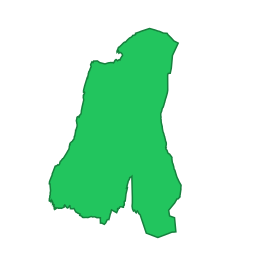 the district of Meldal nor, Sør-Trøndelag, Norway, rotated 281°
{"feature_id": "86288312B14672421796799", "entity_name": "Meldal nor", "entity_type": "district", "adm_level": 2, "iso_a3": "NOR", "parent_name": "Norway", "parent_adm1": "Sør-Trøndelag", "projection": "robinson", "projection_center": [9.604, 63.038], "detail": "fine", "context": "isolated", "style": "filled", "palette": "green", "viewbox_px": 256, "rotation_deg": 281, "n_neighbors": 0, "source": "geoboundaries", "source_scale": "gbopen_adm2", "svg_char_len": 5396}
<svg xmlns="http://www.w3.org/2000/svg" viewBox="0 0 256 256"><g transform="rotate(281 128 128)"><path d="M43.8,64.3L41.5,64.6L41.3,64.8L41.5,65.1L41.4,65.4L41.5,65.5L41.8,65.6L41.7,65.7L41.8,65.7L41.4,65.8L41.3,66.0L41.2,65.9L41.4,66.1L41.1,66.3L41.3,66.3L41.5,66.4L41.4,66.6L41.6,66.7L41.4,66.8L41.7,66.9L41.5,67.0L42.1,67.0L41.8,67.2L41.9,67.3L41.4,67.5L41.3,67.8L41.2,67.9L40.8,68.1L40.6,68.4L40.2,68.4L39.4,68.5L39.6,68.6L39.3,68.8L38.9,68.9L39.0,69.0L38.9,69.2L38.8,69.4L38.2,69.9L37.8,69.9L37.9,70.0L37.5,70.0L37.4,70.2L37.3,70.3L36.9,70.3L36.8,70.5L36.3,70.7L35.9,70.7L35.9,70.8L35.6,70.7L35.4,70.8L35.5,71.0L35.3,71.2L35.1,71.2L34.9,71.3L34.7,71.2L34.7,71.3L34.9,71.5L34.5,71.6L34.8,71.8L34.4,71.8L34.7,71.9L34.8,72.0L34.7,72.2L35.1,72.3L35.0,72.6L35.4,72.9L35.7,73.1L36.0,73.5L36.1,74.4L35.9,74.9L36.4,76.8L36.5,78.1L37.6,79.6L38.1,80.4L39.6,80.2L39.7,80.4L40.3,80.5L40.2,81.0L39.0,82.0L37.9,83.7L37.9,83.8L38.3,84.4L39.0,84.8L40.5,85.5L41.1,85.9L40.1,85.8L38.5,86.7L37.8,86.9L38.0,88.7L38.7,90.3L35.7,92.7L35.2,94.2L34.8,95.1L34.3,97.5L33.0,97.3L32.7,99.0L32.0,100.4L31.6,100.4L31.6,101.3L32.3,104.3L32.4,105.6L32.7,106.3L33.7,107.8L33.8,108.2L34.1,108.7L34.1,109.3L33.9,110.1L33.9,110.4L34.3,111.3L34.5,112.4L34.0,114.7L34.4,116.0L34.4,117.3L34.6,118.0L33.0,118.3L29.4,119.1L29.6,120.5L28.9,123.1L30.6,124.2L32.5,124.7L33.0,124.9L33.3,124.9L34.1,125.2L34.4,126.3L34.4,126.7L37.3,126.9L40.3,127.0L40.6,127.1L41.7,127.4L43.0,127.3L44.0,127.3L44.5,127.4L42.7,133.0L46.7,133.9L46.5,133.2L46.9,133.2L47.6,134.8L48.5,134.9L49.2,135.4L49.3,136.1L49.4,137.2L49.2,138.2L49.3,138.6L51.2,138.5L51.5,139.0L51.9,139.0L52.0,139.0L52.8,138.9L53.7,138.5L55.3,138.4L55.8,138.9L55.8,139.0L55.7,139.1L55.8,139.2L63.0,138.6L67.7,138.8L69.1,138.8L68.9,138.4L68.8,138.0L69.9,138.3L70.5,138.1L70.8,138.2L71.1,138.0L71.8,138.2L73.0,138.2L74.5,138.4L75.7,138.3L76.7,138.7L76.8,138.7L77.1,138.7L78.5,139.3L78.9,139.3L79.1,139.1L79.5,139.1L80.1,139.6L80.4,140.4L81.3,141.0L60.8,145.5L55.2,146.6L52.1,146.9L49.3,147.9L47.5,149.2L48.5,150.2L46.8,151.5L46.3,152.2L47.7,152.5L48.3,153.1L47.8,153.4L47.0,154.2L45.9,155.1L45.3,156.4L28.3,166.0L26.2,178.2L34.2,191.1L34.6,192.9L35.2,194.8L48.8,190.8L49.6,185.6L55.0,183.6L63.3,188.1L67.7,189.6L67.9,190.6L70.2,192.1L70.3,191.8L72.5,191.9L78.2,191.6L78.3,191.4L82.0,191.0L84.5,188.8L89.1,185.4L91.5,184.1L95.4,182.1L95.9,181.7L96.4,181.1L98.7,180.3L101.3,179.0L102.4,178.2L105.0,177.3L105.8,177.1L106.1,176.9L107.4,176.8L107.7,176.6L110.3,173.8L110.6,172.7L111.0,172.1L111.6,171.6L113.3,170.7L113.7,170.4L114.2,169.6L114.9,169.1L115.1,169.2L115.6,169.2L116.0,168.9L116.2,169.0L116.2,168.7L117.7,168.7L118.5,168.8L119.5,168.7L120.1,168.5L120.4,168.5L121.1,168.2L122.1,167.6L122.5,167.2L123.2,167.1L125.7,165.9L126.2,165.8L127.2,165.1L129.6,164.0L130.9,163.1L132.6,162.4L134.5,161.7L136.0,161.3L138.8,160.0L140.0,159.5L142.8,158.8L143.2,158.5L143.9,158.3L144.2,158.4L144.5,158.4L145.7,158.1L145.9,157.9L146.5,157.8L148.3,157.4L149.2,157.5L151.4,157.9L151.8,157.8L153.5,157.9L154.6,158.2L155.3,158.6L156.4,158.7L158.4,158.9L159.2,158.9L160.2,159.1L160.6,159.1L164.1,159.3L164.9,159.5L170.0,159.9L172.6,159.8L187.6,156.8L188.7,156.9L189.2,157.1L189.3,157.3L189.4,157.5L189.8,159.0L195.0,159.1L207.7,157.8L220.9,161.1L222.2,156.5L224.6,153.3L227.2,149.4L228.4,148.3L227.9,144.7L228.9,140.2L228.9,138.7L229.3,136.3L229.8,130.2L225.8,123.0L225.1,121.8L224.5,121.0L222.4,117.3L221.2,117.6L220.1,116.1L220.0,115.4L219.7,114.9L218.7,114.6L218.2,114.2L217.7,113.7L216.6,112.3L215.6,111.6L214.7,110.9L211.7,109.1L211.7,108.4L211.4,108.0L210.6,107.3L209.7,106.7L208.0,105.6L206.5,104.5L205.7,104.1L205.7,103.7L205.5,103.4L205.1,103.2L204.2,103.1L201.3,102.5L200.2,102.8L200.6,103.1L201.2,103.7L201.7,104.0L200.6,104.6L199.8,104.8L200.4,105.5L200.7,106.4L199.8,107.8L199.1,108.4L198.3,108.8L196.6,108.1L194.7,107.4L193.4,107.3L193.2,107.2L193.4,106.8L193.2,106.0L192.0,105.0L192.4,104.3L192.9,103.4L192.9,103.2L192.1,102.6L192.0,102.4L189.5,101.6L189.1,101.3L189.3,100.6L189.3,100.2L189.0,99.6L189.1,98.7L188.9,98.4L188.3,96.6L187.9,95.7L186.5,93.2L186.8,87.8L188.0,85.2L187.1,81.4L185.6,81.1L185.9,80.2L186.0,80.0L183.5,79.3L182.9,79.2L181.2,80.1L178.4,79.5L176.9,79.4L176.4,79.2L176.2,78.9L174.0,78.7L174.0,78.8L169.3,78.7L169.5,78.3L160.9,77.4L156.4,77.2L154.6,77.5L154.5,77.8L154.9,78.4L154.4,78.7L153.1,78.6L152.7,78.4L152.6,78.2L151.9,78.1L151.6,77.9L151.1,78.3L149.9,78.1L147.1,79.2L139.5,78.9L138.6,79.0L137.3,78.9L136.9,79.0L136.3,78.9L135.9,79.0L135.4,79.0L134.4,79.2L133.4,79.1L133.0,79.1L132.3,78.9L132.0,78.5L131.8,78.4L130.0,78.0L129.7,78.0L129.2,77.8L129.4,77.5L129.6,77.4L129.6,77.1L129.8,77.0L129.7,76.9L129.3,76.2L128.7,75.9L128.6,76.0L125.3,75.9L123.7,76.6L123.0,76.8L121.7,77.4L119.9,77.7L118.2,77.5L116.0,77.3L115.8,77.0L115.6,77.1L114.2,77.2L113.0,77.2L110.0,77.3L109.6,76.9L108.7,77.0L106.8,77.1L105.4,76.2L104.6,76.1L103.5,75.1L102.9,74.7L102.7,74.5L102.0,74.1L100.9,73.9L100.6,74.3L100.3,74.3L100.1,74.0L98.6,73.9L97.6,74.1L95.9,74.0L95.5,73.9L94.0,73.3L93.4,73.1L91.8,72.6L86.0,70.4L85.6,70.1L85.4,69.7L82.9,68.5L82.9,68.1L83.0,68.1L81.0,67.7L79.9,67.8L78.5,67.1L78.3,66.8L78.3,66.4L78.5,66.1L77.1,65.0L77.1,64.7L77.0,64.4L76.6,63.8L70.6,62.8L68.8,62.4L68.3,62.4L67.7,62.5L66.5,62.4L65.5,62.1L60.4,61.2L58.2,61.4L58.2,62.1L51.5,64.0L49.3,64.0L48.0,64.4L47.1,64.3L46.3,64.2L45.0,64.5L43.8,64.3Z" fill="#22c55e" stroke="#15803d" stroke-width="1.5"/></g></svg>